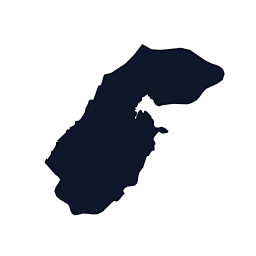 SVG path tracing the border of West Bank, rotated 214°
{"feature_id": "WEB+00?", "entity_name": "West Bank", "entity_type": "state/province", "adm_level": 1, "iso_a3": "PSE", "parent_name": "Palestine", "parent_adm1": "", "projection": "mercator", "projection_center": [35.24, 31.944], "detail": "fine", "context": "isolated", "style": "filled", "palette": "ink", "viewbox_px": 256, "rotation_deg": 214, "n_neighbors": 0, "source": "natural_earth", "source_scale": "10m", "svg_char_len": 2525}
<svg xmlns="http://www.w3.org/2000/svg" viewBox="0 0 256 256"><g transform="rotate(214 128 128)"><path d="M126.6,26.5L128.6,27.5L132.7,30.9L135.3,31.9L144.3,31.4L148.6,31.9L152.9,34.6L154.2,38.6L154.1,43.9L154.9,48.2L158.7,49.3L162.1,49.4L165.5,50.3L177.1,53.3L177.5,54.6L177.8,56.2L176.9,56.2L176.9,55.0L175.8,55.0L175.8,56.2L176.6,57.9L176.5,63.0L177.8,65.5L177.1,67.5L177.1,70.7L177.6,74.0L178.8,76.0L178.1,76.4L177.5,76.8L177.1,77.5L176.9,78.4L178.8,78.4L176.9,86.4L176.3,89.2L176.9,91.2L176.9,92.4L175.7,93.0L175.1,93.8L175.1,94.7L175.8,95.8L173.4,100.0L173.3,101.9L174.8,104.0L172.4,106.0L171.6,109.0L171.9,116.8L173.5,120.8L173.8,122.6L173.9,124.9L174.1,126.3L174.9,128.2L174.8,129.5L174.2,130.3L173.2,130.6L172.3,131.1L171.9,132.5L175.4,146.1L173.9,148.2L173.9,149.4L176.9,158.6L172.3,163.7L168.7,172.1L165.5,179.6L163.2,191.9L162.4,204.4L162.4,204.7L162.5,204.8L162.4,204.9L152.5,205.6L144.2,210.4L128.5,223.5L120.1,226.7L102.1,226.5L93.5,227.7L89.9,229.0L85.9,229.6L82.1,229.0L78.9,226.6L77.2,220.9L79.3,215.3L85.8,204.4L86.6,198.9L86.7,194.2L87.3,189.6L89.6,185.1L89.9,184.5L92.5,181.4L104.9,173.6L109.8,169.2L112.8,166.6L114.5,164.0L117.8,163.3L118.6,164.0L120.4,164.2L122.2,166.2L125.9,165.7L127.9,167.1L128.6,166.4L129.2,166.7L129.7,167.5L130.6,168.1L131.3,167.8L131.5,166.4L132.2,165.6L132.7,163.2L133.5,162.5L134.2,161.4L133.7,160.0L132.8,159.1L132.7,157.8L133.5,155.5L134.2,154.5L133.8,154.0L133.6,152.6L133.2,150.6L133.9,149.5L134.5,148.3L133.8,147.8L132.9,147.7L132.6,147.4L133.4,146.2L132.9,145.7L132.3,145.2L131.6,145.1L129.9,145.5L129.1,144.2L128.8,143.0L129.0,141.3L128.3,139.3L126.9,138.9L125.9,139.6L125.8,140.7L126.5,142.0L127.0,143.7L127.5,146.1L127.5,148.7L127.4,149.3L127.1,149.5L124.7,148.2L123.7,148.2L122.8,148.5L122.6,149.3L123.1,150.3L123.2,151.2L121.4,151.4L116.1,150.3L113.8,148.5L112.5,148.6L110.4,147.4L109.0,144.6L107.3,143.5L105.6,143.5L104.4,143.7L102.9,144.5L100.3,147.2L98.2,147.7L96.6,147.9L93.5,147.4L93.1,147.1L93.3,146.4L94.9,145.0L96.1,143.6L97.3,143.2L100.7,143.0L101.3,142.4L102.0,134.3L100.7,131.6L98.7,131.2L97.1,130.0L96.9,129.1L97.5,128.1L96.5,127.3L94.4,124.4L96.0,122.4L96.2,119.8L95.9,116.9L97.4,115.3L94.1,103.6L94.5,97.7L93.0,93.3L91.0,89.3L90.3,87.1L90.8,84.5L96.4,79.3L97.4,77.2L97.9,75.1L97.7,73.3L96.7,72.0L94.9,71.4L95.3,69.2L95.8,63.8L96.4,61.7L97.0,61.3L98.9,60.6L99.5,60.2L100.5,56.7L101.1,53.8L102.8,44.9L105.6,40.0L109.4,37.2L113.7,35.1L118.2,32.3L121.8,28.1L123.8,26.5L126.4,26.4L126.6,26.5Z" fill="#0f172a" stroke="#020617" stroke-width="1.5"/></g></svg>